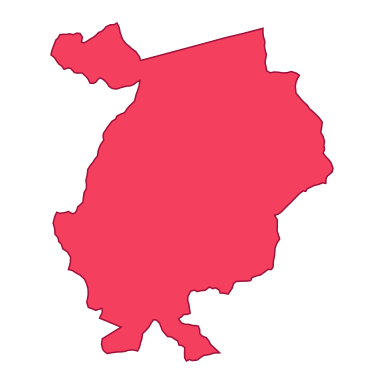 Trindade, Goiás, Brazil (Natural Earth projection)
{"feature_id": "56859067B82243960119331", "entity_name": "Trindade", "entity_type": "district", "adm_level": 2, "iso_a3": "BRA", "parent_name": "Brazil", "parent_adm1": "Goiás", "projection": "natural_earth1", "projection_center": [-49.558, -16.651], "detail": "fine", "context": "isolated", "style": "filled", "palette": "rose", "viewbox_px": 384, "rotation_deg": 0, "n_neighbors": 0, "source": "geoboundaries", "source_scale": "gbopen_adm2", "svg_char_len": 3565}
<svg xmlns="http://www.w3.org/2000/svg" viewBox="0 0 384 384"><path d="M273.4,261.1L274.6,254.8L275.0,248.3L276.6,243.7L279.7,238.9L278.2,234.5L277.1,230.8L277.3,226.6L277.3,219.8L274.5,215.3L277.7,214.4L280.6,212.5L283.3,209.9L286.0,207.0L289.0,204.2L292.9,200.3L299.1,193.9L303.1,190.9L305.7,191.4L307.1,188.8L310.1,187.4L314.1,185.5L317.2,184.8L319.8,184.0L322.5,182.8L325.8,183.4L326.0,178.7L327.5,175.9L329.8,174.1L332.2,171.9L333.0,168.3L331.2,163.2L329.4,160.4L327.0,157.9L324.9,155.7L323.1,153.0L324.6,149.7L323.9,145.2L324.5,141.6L323.1,136.3L320.8,132.5L321.8,126.2L322.2,122.1L319.4,118.1L315.9,114.5L312.8,111.5L309.4,108.7L307.4,105.4L304.1,102.4L300.9,99.1L298.1,95.6L295.9,93.0L295.7,89.9L295.3,86.1L296.1,81.6L297.8,78.0L299.4,75.3L296.4,73.2L291.3,71.5L287.5,72.7L282.8,72.9L277.9,72.2L274.1,72.0L270.2,72.8L266.7,70.9L266.1,67.4L265.0,62.1L265.8,57.9L266.4,54.2L265.4,51.4L264.4,46.1L264.9,41.8L263.3,36.2L262.9,31.8L263.0,28.3L243.1,33.5L225.1,37.8L218.8,39.5L204.9,43.3L154.9,56.7L140.6,60.5L139.5,56.9L135.7,51.5L132.1,49.0L128.8,46.0L125.7,43.5L122.5,39.2L120.3,33.1L118.9,26.7L116.9,23.0L114.3,24.6L110.3,24.8L106.1,26.7L104.2,29.1L101.4,31.5L98.6,32.4L96.4,34.9L93.2,37.4L90.4,38.9L87.4,41.0L83.9,43.0L81.4,42.0L82.5,37.3L80.0,33.5L76.8,33.1L73.1,34.7L69.9,33.8L66.3,34.4L63.7,34.3L59.9,34.6L58.2,37.9L55.9,40.0L53.9,45.2L51.9,50.6L51.0,54.9L54.4,57.6L56.8,61.2L58.8,64.0L61.6,65.9L64.1,69.3L68.2,67.9L70.9,68.6L74.2,72.4L76.8,73.1L82.0,72.9L85.5,76.0L88.0,78.9L90.1,83.2L93.7,83.3L96.1,81.8L98.1,79.1L100.5,77.8L104.2,80.2L107.2,83.4L109.0,86.4L112.1,88.4L116.3,89.1L121.5,87.4L126.9,86.1L130.2,85.9L133.7,84.5L136.6,82.1L139.9,80.5L139.0,86.5L137.5,90.9L136.0,95.1L134.5,101.1L129.6,105.9L127.0,108.9L124.6,112.6L120.5,114.2L116.9,116.1L115.7,118.9L111.8,121.4L109.2,124.9L107.4,127.2L105.7,130.1L103.6,133.0L103.0,136.1L103.7,140.2L100.5,144.7L98.1,151.0L97.6,155.8L95.2,158.7L92.8,162.5L90.1,165.7L87.8,169.5L87.2,175.2L85.9,180.4L86.5,184.8L86.3,188.6L84.0,192.7L83.5,197.0L82.9,202.2L80.3,204.7L77.7,206.9L76.8,210.2L75.1,212.9L72.3,213.7L68.4,211.5L64.7,212.7L59.6,213.3L56.7,212.3L54.9,216.3L53.1,223.1L54.7,228.7L55.0,234.2L58.0,237.6L58.8,241.6L61.2,243.9L62.9,248.9L67.3,251.7L70.6,257.1L70.3,262.9L68.4,269.6L72.0,270.3L76.8,273.4L80.0,275.0L84.5,279.2L86.6,283.7L88.1,289.2L88.2,294.9L86.8,302.4L88.3,307.4L92.0,308.7L95.7,310.3L102.0,308.4L102.3,312.4L99.5,318.1L121.1,327.1L102.3,338.8L101.5,344.1L102.7,349.2L104.4,351.5L107.1,353.5L111.4,352.8L116.9,352.0L121.9,351.8L124.7,351.4L128.7,350.2L133.1,349.9L137.6,351.0L139.5,347.1L140.5,342.9L141.9,338.6L142.5,333.7L145.8,330.4L148.7,327.3L151.3,322.8L153.4,319.8L156.3,320.0L159.6,323.3L161.1,327.1L162.1,330.0L164.6,333.2L167.5,336.5L171.7,337.0L174.6,339.2L177.7,340.8L179.0,345.1L182.2,345.7L184.7,347.5L184.5,352.7L184.6,357.7L186.4,361.0L189.5,359.5L192.2,360.6L197.0,360.1L200.7,357.4L203.9,355.3L208.1,354.8L214.3,353.0L219.6,352.8L212.9,346.6L210.4,344.2L209.2,341.4L206.3,337.7L202.1,336.0L199.8,333.6L199.7,329.8L198.3,326.1L195.5,325.6L192.3,325.4L189.3,324.4L184.6,324.2L181.5,322.9L178.5,318.8L181.3,317.0L183.6,314.5L186.9,314.4L190.1,313.4L189.6,309.4L188.8,304.1L187.7,300.5L187.8,296.6L190.7,291.2L194.5,290.1L197.1,291.6L200.2,290.8L205.2,290.3L209.5,287.0L212.7,288.7L215.2,287.8L219.0,289.8L220.1,293.0L223.9,293.2L228.1,294.1L232.1,288.3L233.5,283.7L236.0,281.5L240.9,281.2L247.7,281.0L250.7,280.6L251.9,277.6L257.3,275.6L260.5,275.0L265.2,271.6L267.6,269.5L271.4,269.5L273.1,267.0L273.4,261.1Z" fill="#f43f5e" stroke="#9f1239" stroke-width="1.5"/></svg>